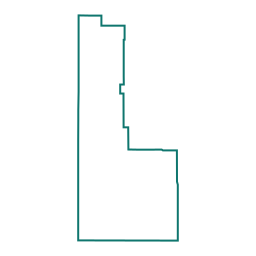 Lincoln, Wyoming, United States of America
{"feature_id": "52423323B30273170128574", "entity_name": "Lincoln", "entity_type": "district", "adm_level": 2, "iso_a3": "USA", "parent_name": "United States of America", "parent_adm1": "Wyoming", "projection": "equal_earth", "projection_center": [-110.817, 42.447], "detail": "fine", "context": "isolated", "style": "outline", "palette": "teal", "viewbox_px": 256, "rotation_deg": 0, "n_neighbors": 0, "source": "geoboundaries", "source_scale": "gbopen_adm2", "svg_char_len": 775}
<svg xmlns="http://www.w3.org/2000/svg" viewBox="0 0 256 256"><path d="M177.8,240.6L177.8,207.1L177.8,184.7L177.0,181.7L176.9,150.4L162.9,150.4L161.7,149.6L140.0,149.7L128.4,149.5L128.2,127.3L123.6,127.3L123.5,93.5L120.2,93.5L120.2,84.5L123.8,84.5L123.7,76.3L123.7,39.8L124.6,39.7L124.6,25.7L101.4,25.7L101.4,15.6L90.1,15.6L78.6,15.4L78.6,30.8L78.6,31.6L78.6,32.3L78.6,33.2L78.6,46.7L78.6,47.2L78.6,47.5L78.6,48.2L78.6,49.0L78.6,50.0L78.6,50.3L78.6,50.7L78.6,52.2L78.6,52.6L78.6,52.8L78.6,53.1L78.6,53.5L78.6,59.2L78.6,60.0L78.6,60.6L78.6,62.0L78.6,72.2L78.6,91.8L78.3,109.9L78.3,118.9L78.3,120.0L78.2,140.2L78.2,149.1L78.2,160.3L78.2,161.8L78.2,166.2L78.2,167.1L78.2,185.4L78.2,214.3L78.2,240.4L124.8,240.5L177.8,240.6Z" fill="none" stroke="#0f766e" stroke-width="2"/></svg>